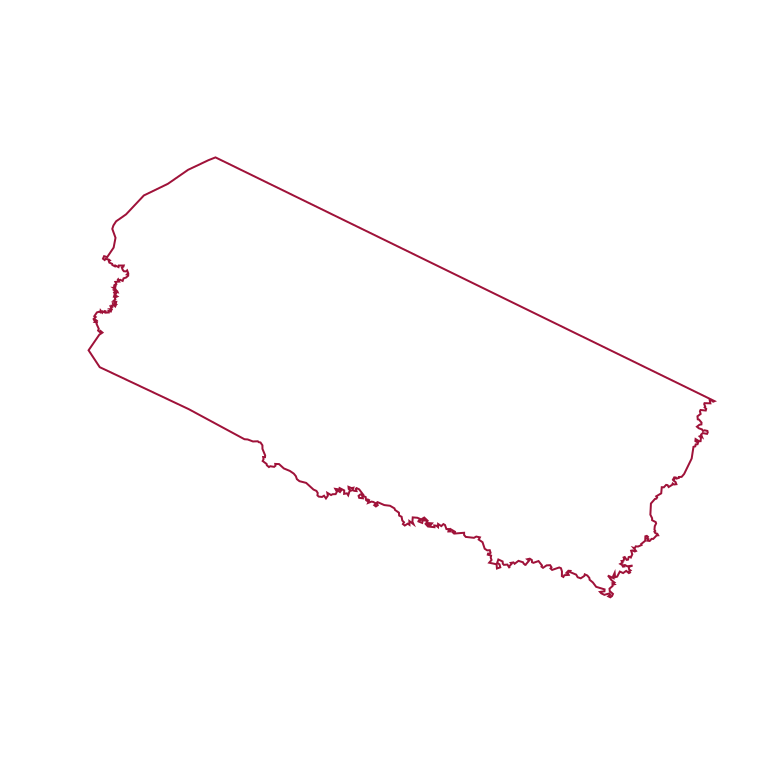 Keerom, Papua, Indonesia, rotated 296°
{"feature_id": "22746128B17774751253690", "entity_name": "Keerom", "entity_type": "district", "adm_level": 2, "iso_a3": "IDN", "parent_name": "Indonesia", "parent_adm1": "Papua", "projection": "equal_earth", "projection_center": [140.467, -3.327], "detail": "fine", "context": "isolated", "style": "outline", "palette": "rose", "viewbox_px": 768, "rotation_deg": 296, "n_neighbors": 0, "source": "geoboundaries", "source_scale": "gbopen_adm2", "svg_char_len": 6101}
<svg xmlns="http://www.w3.org/2000/svg" viewBox="0 0 768 768"><g transform="rotate(296 384 384)"><path d="M282.6,590.9L283.3,590.4L288.8,591.8L289.3,589.6L290.9,591.6L290.6,594.0L288.7,595.2L288.8,596.7L292.6,600.5L290.2,605.5L288.9,605.6L288.5,607.5L292.3,609.7L294.0,612.8L292.7,614.9L291.2,614.5L290.6,616.6L295.9,621.9L296.0,623.8L293.6,626.1L289.3,628.1L289.2,629.8L291.2,629.9L293.4,633.7L294.6,632.2L294.3,630.8L297.0,631.6L297.7,633.4L296.5,633.3L296.9,640.3L295.2,642.8L295.6,646.0L299.3,648.2L300.9,647.9L301.0,650.7L299.7,653.6L298.2,654.6L297.2,658.7L294.7,663.6L296.1,672.3L294.3,673.0L291.8,669.3L291.1,671.0L291.1,674.5L294.5,678.3L293.7,679.7L291.5,678.7L291.5,680.9L293.4,681.9L295.7,681.8L296.8,677.7L298.9,676.4L302.6,678.0L303.7,677.4L305.0,678.9L305.3,676.8L306.6,678.0L307.4,674.5L310.0,669.3L310.1,675.3L311.7,674.2L315.4,674.1L311.6,676.4L313.1,678.0L318.8,678.2L318.9,681.8L322.2,683.6L321.4,687.0L322.4,687.7L323.0,686.5L324.5,687.3L324.7,685.7L326.8,684.1L329.8,687.0L326.8,682.6L326.9,679.9L326.2,678.9L325.3,679.9L324.6,678.9L325.8,677.1L325.9,675.3L328.0,676.7L329.1,675.2L330.1,676.7L332.1,676.5L333.1,675.4L334.0,676.2L332.3,679.2L333.1,680.3L335.7,679.8L336.5,680.8L336.3,681.9L339.8,681.8L342.5,679.2L343.3,680.2L343.4,682.8L344.4,683.7L346.1,680.1L346.3,681.4L348.4,681.4L349.3,683.6L352.2,686.1L352.9,685.3L357.6,687.5L361.7,685.7L362.7,686.8L362.3,688.3L360.4,688.1L360.5,689.5L358.7,689.5L359.4,691.6L362.1,692.4L362.8,693.9L367.4,695.4L368.2,696.7L369.2,695.3L368.9,693.3L369.8,691.8L370.8,692.2L371.7,690.9L374.9,689.7L378.0,689.7L379.0,688.7L379.1,684.7L380.9,683.8L383.3,680.7L393.6,676.3L399.4,677.9L400.4,679.1L401.8,679.2L402.4,677.9L407.2,681.1L413.0,678.9L413.8,680.8L417.0,681.8L417.4,683.2L416.2,685.0L419.7,687.2L421.1,687.1L420.8,688.7L422.1,690.7L423.7,689.0L424.2,686.4L425.9,686.7L425.4,685.7L427.3,685.8L427.9,687.3L427.3,688.5L428.9,690.2L429.7,689.8L431.0,692.2L434.7,693.2L451.9,693.2L463.2,689.7L464.4,691.1L466.3,690.6L467.3,692.2L468.9,692.0L469.2,688.9L471.1,688.2L470.7,692.3L471.4,693.6L474.7,692.4L475.3,690.6L476.1,691.3L475.8,693.1L477.6,691.2L479.6,692.0L480.8,696.2L482.4,696.2L483.6,695.2L482.9,692.4L481.6,691.3L482.6,689.7L482.2,686.4L482.8,684.0L485.7,685.4L486.8,687.0L488.5,686.3L490.1,682.7L489.8,681.5L492.4,679.9L495.9,681.7L498.0,679.9L499.4,679.9L501.2,684.8L502.9,684.5L503.6,682.4L504.5,682.6L506.3,680.6L507.3,680.5L509.7,685.8L512.3,683.8L512.9,685.3L512.4,687.6L513.5,688.6L513.8,133.2L508.1,128.0L490.6,114.0L469.2,102.0L448.2,85.5L423.4,77.8L412.8,71.9L407.9,71.3L404.3,71.8L397.7,78.6L388.1,81.2L376.7,79.6L376.2,76.4L373.4,76.5L373.0,78.6L374.4,78.9L375.2,82.2L374.9,83.5L373.8,82.8L372.7,83.9L372.8,87.0L371.9,87.6L371.8,90.6L372.7,90.5L372.7,94.1L374.2,93.7L376.4,98.1L375.2,98.2L374.6,97.1L374.6,97.9L373.7,97.4L372.1,99.1L371.3,100.7L372.1,102.8L373.5,103.3L371.5,105.5L369.9,105.0L370.3,106.1L369.2,106.6L366.6,105.5L364.8,103.6L362.1,103.9L362.0,101.2L360.9,100.3L361.6,99.2L360.9,99.1L359.9,101.0L358.0,97.8L356.5,99.6L355.3,98.7L354.8,100.4L354.5,97.8L353.9,99.3L353.4,98.7L352.4,99.5L353.4,100.5L352.4,100.2L351.8,98.8L351.4,101.0L350.1,100.0L349.8,102.0L351.2,102.2L350.2,102.4L350.5,103.5L349.8,104.3L349.6,103.0L348.7,103.0L348.7,101.5L347.8,101.3L347.4,102.5L345.4,102.8L346.5,103.5L345.0,103.5L345.8,104.3L345.7,105.8L343.7,104.1L342.4,105.4L340.1,104.5L340.4,105.7L339.8,106.3L340.4,107.3L339.4,107.5L338.9,106.6L338.3,108.1L337.4,106.7L337.1,108.4L335.9,108.4L337.0,105.5L335.8,106.4L335.0,104.9L334.2,105.7L333.8,104.3L331.9,106.4L331.1,104.9L330.8,106.5L329.4,106.7L328.9,104.3L327.6,105.2L326.1,102.5L327.3,101.9L327.2,101.1L325.9,100.8L326.0,99.5L324.7,99.5L325.8,97.1L324.1,97.7L324.1,96.3L322.5,94.6L318.0,93.9L317.8,95.5L315.1,94.5L314.2,95.7L315.3,96.2L315.0,98.0L313.0,97.1L313.6,99.0L312.1,99.2L308.5,103.5L306.7,103.6L306.1,105.9L307.4,106.0L306.8,108.4L303.5,106.5L284.8,103.7L274.5,121.1L275.8,219.5L273.2,282.8L274.4,285.8L274.9,291.4L277.2,295.7L276.8,296.9L277.3,298.6L275.6,301.6L272.4,303.2L267.7,308.5L266.1,309.1L265.4,307.4L263.6,308.7L261.6,308.7L260.7,313.5L259.6,314.3L258.9,317.0L260.2,317.8L261.4,321.6L263.0,322.3L264.5,321.3L266.0,324.8L264.2,331.0L264.6,337.5L263.9,342.2L262.5,345.2L260.3,347.4L259.6,350.6L261.0,357.4L258.2,366.9L258.3,370.1L257.0,372.2L254.7,373.0L254.2,374.7L255.3,377.8L257.3,379.1L255.7,382.0L259.0,382.5L261.3,380.8L261.0,385.1L262.4,386.1L263.8,388.8L266.5,388.9L268.4,386.2L269.2,388.8L267.9,389.7L267.6,391.8L269.3,392.1L270.2,389.9L271.0,389.7L270.9,394.9L267.8,396.3L269.5,398.6L268.3,400.6L272.7,400.0L273.7,401.1L274.2,398.3L276.0,397.2L276.2,400.5L277.3,401.9L275.0,402.1L274.9,404.0L275.7,406.2L277.3,404.6L278.4,405.0L278.4,407.9L275.6,413.4L274.4,411.2L272.3,410.2L270.8,411.6L272.0,415.1L274.0,413.3L274.4,417.0L271.7,418.9L271.6,419.8L273.1,420.1L273.1,421.5L270.1,421.8L272.8,424.3L273.3,426.1L273.0,429.3L270.8,428.4L270.4,430.4L272.3,431.5L274.0,429.4L275.0,430.0L275.3,437.3L277.2,442.8L276.8,447.9L275.6,449.2L274.9,453.8L272.4,455.3L272.4,458.0L269.3,460.3L268.5,462.6L266.4,462.4L265.9,464.7L268.9,466.6L268.6,468.6L271.9,466.9L270.9,472.0L272.7,469.9L276.7,468.3L278.4,472.6L278.6,476.2L278.1,476.9L276.5,475.1L275.6,475.2L275.9,479.2L278.6,478.6L279.7,482.0L280.4,481.4L279.9,477.6L281.6,478.7L280.2,483.2L277.7,483.0L279.8,488.2L277.8,487.8L276.1,483.7L275.2,486.0L277.4,492.1L278.9,491.2L279.6,493.3L279.1,495.3L281.9,494.0L281.4,497.8L284.1,498.8L284.0,500.6L281.0,503.7L282.0,505.8L279.7,506.5L280.5,508.1L282.7,507.6L282.3,512.6L281.5,512.8L280.8,510.9L280.3,512.6L285.4,521.2L283.4,522.2L282.4,524.5L285.2,532.3L287.3,533.8L288.2,537.4L285.7,537.3L285.0,541.9L280.1,546.7L279.7,549.7L281.0,551.9L279.0,553.8L278.0,553.5L277.2,551.9L276.1,552.1L276.7,555.5L274.6,556.1L273.0,557.8L269.5,556.9L271.3,564.2L267.7,566.4L270.2,568.9L272.5,566.9L273.0,564.1L276.4,563.7L276.5,568.4L274.5,569.6L274.0,571.0L275.8,574.1L273.6,577.5L275.1,576.5L278.3,577.5L278.8,576.4L280.4,578.6L279.7,580.2L284.0,582.4L284.7,587.1L283.7,588.4L283.6,590.3L283.3,590.4L282.6,590.9Z" fill="none" stroke="#9f1239" stroke-width="2"/></g></svg>